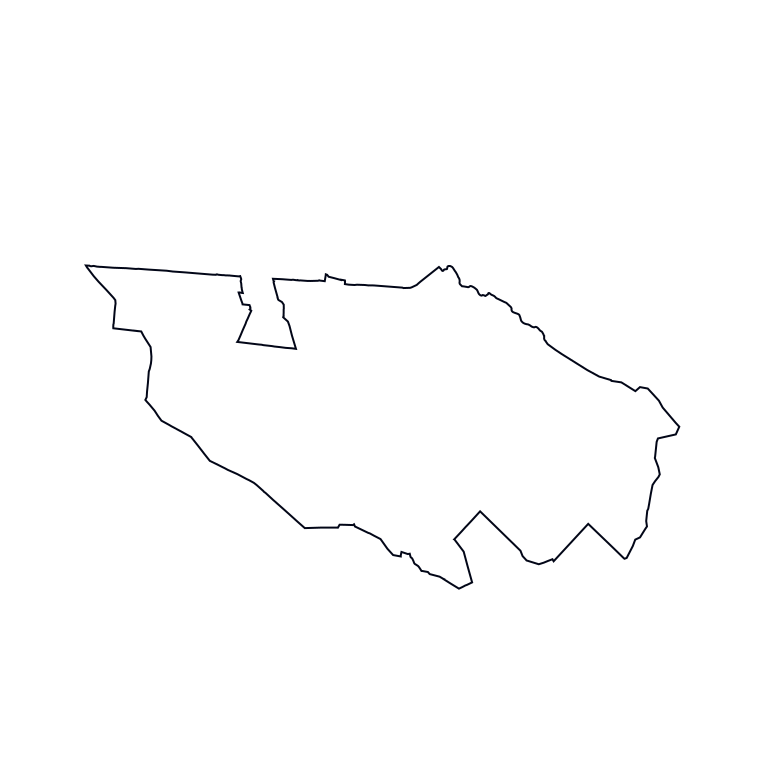 outline of Malnavas pag., Karsavas, Latvia, rotated 45°
{"feature_id": "27541924B93954265476468", "entity_name": "Malnavas pag.", "entity_type": "district", "adm_level": 2, "iso_a3": "LVA", "parent_name": "Latvia", "parent_adm1": "Karsavas", "projection": "equal_earth", "projection_center": [27.746, 56.802], "detail": "fine", "context": "isolated", "style": "outline", "palette": "ink", "viewbox_px": 768, "rotation_deg": 45, "n_neighbors": 0, "source": "geoboundaries", "source_scale": "gbopen_adm2", "svg_char_len": 6082}
<svg xmlns="http://www.w3.org/2000/svg" viewBox="0 0 768 768"><g transform="rotate(45 384 384)"><path d="M677.7,337.4L678.6,335.4L674.5,322.6L671.7,316.4L673.5,311.4L672.5,307.2L671.2,301.6L670.7,298.8L666.3,295.5L659.8,287.5L659.1,285.4L656.4,281.5L650.2,272.8L645.3,265.5L644.4,261.0L643.8,255.7L642.9,252.9L636.8,248.9L627.8,244.8L627.1,243.7L617.7,232.1L616.2,228.8L626.0,213.3L623.0,205.4L617.7,205.2L597.7,203.6L590.2,201.4L578.6,200.9L573.7,200.7L567.2,205.2L566.8,211.3L550.7,215.0L542.6,221.0L541.8,220.7L530.9,226.6L517.9,230.4L507.0,232.9L488.7,237.1L481.3,238.6L471.6,240.1L468.7,239.6L468.0,239.3L467.4,239.4L467.0,239.4L466.4,239.3L465.7,239.0L464.9,238.5L464.6,238.1L464.3,237.8L463.6,237.2L463.4,236.8L463.3,236.7L462.6,236.6L461.5,236.1L459.0,235.4L458.6,235.4L456.9,235.8L455.9,235.8L453.9,235.6L452.4,235.7L451.6,235.9L451.1,236.2L450.7,236.5L450.1,237.8L449.8,238.0L449.4,238.3L448.6,238.6L448.4,238.8L447.2,239.1L445.3,239.4L444.5,239.7L443.7,240.0L443.2,240.4L442.2,241.1L441.4,241.5L440.9,241.8L439.7,242.2L438.8,242.4L437.9,242.4L437.0,242.4L436.5,242.3L435.7,242.0L433.3,240.6L431.1,239.6L430.8,239.5L430.3,239.5L429.7,239.6L428.4,240.1L426.2,241.2L424.5,241.9L424.0,242.0L423.0,242.0L422.8,241.9L422.4,241.8L421.7,241.4L421.0,240.6L420.8,240.4L420.3,240.2L419.8,240.0L419.4,239.9L418.6,239.9L416.4,240.0L413.3,240.1L412.6,240.3L411.2,240.9L410.6,241.1L404.5,243.2L403.8,243.5L403.2,243.7L402.2,243.9L400.9,243.8L399.7,243.9L398.7,244.2L397.9,244.5L396.9,244.9L395.8,245.1L394.4,245.2L394.1,245.3L393.8,245.5L393.6,246.0L393.8,246.5L394.0,246.9L394.0,247.4L394.0,247.6L393.8,248.1L393.5,250.0L393.4,250.1L393.2,250.2L392.0,250.6L391.2,251.1L390.9,251.3L390.8,251.5L390.7,252.1L390.6,252.4L390.3,252.6L390.0,252.8L389.4,253.1L388.5,253.2L387.5,253.2L386.4,252.9L384.7,252.2L383.1,251.7L382.8,251.7L379.8,252.0L377.7,252.6L376.9,252.9L376.1,253.4L375.8,253.7L375.7,253.9L375.6,254.2L375.4,255.5L375.0,256.1L374.7,256.3L373.5,257.1L373.1,257.4L372.1,258.1L371.4,258.6L370.3,259.5L370.1,259.7L369.8,259.7L368.4,259.7L367.5,259.7L366.8,259.6L366.4,259.4L366.2,259.3L365.6,258.8L365.0,258.0L364.7,257.7L363.8,256.9L363.4,256.7L362.4,256.2L361.1,256.0L358.4,254.9L356.9,254.5L355.9,254.2L354.0,253.9L350.9,253.2L349.9,253.1L349.3,253.1L348.8,253.3L347.7,253.6L347.0,254.1L346.3,254.8L346.1,255.2L345.9,255.8L345.9,256.1L346.1,256.4L346.7,257.3L347.0,257.8L347.2,258.3L346.8,258.9L346.2,259.6L345.9,260.0L345.7,260.4L345.6,260.8L345.8,261.5L345.8,261.9L345.7,262.3L345.6,262.5L345.2,262.7L344.6,262.8L343.6,262.5L342.9,262.4L340.8,262.4L340.1,262.4L337.4,285.9L337.2,288.3L337.1,290.8L335.7,294.7L335.2,296.1L334.5,297.5L329.9,302.4L328.8,302.9L307.7,321.0L306.7,321.9L303.6,324.9L303.4,325.2L300.5,327.5L294.7,332.9L293.1,334.9L288.8,338.7L285.7,341.0L283.7,338.8L283.1,338.4L279.8,340.7L280.0,340.9L273.7,344.5L269.0,347.3L266.6,347.0L265.3,347.6L266.2,348.7L269.4,353.2L265.0,356.6L264.8,356.6L264.5,357.4L264.3,357.7L259.3,363.0L256.7,365.5L251.7,369.8L250.8,370.8L249.8,371.4L249.9,371.5L248.1,373.0L245.9,374.6L244.8,376.0L237.8,382.0L231.1,388.1L233.7,389.6L233.8,389.5L234.0,390.1L234.4,390.4L238.7,393.0L247.6,398.0L247.7,398.3L248.0,398.4L249.4,399.1L250.0,399.2L253.9,398.2L257.0,398.8L260.0,401.7L260.2,402.1L260.8,402.7L262.6,404.5L263.9,405.9L264.4,406.5L265.0,406.8L265.0,407.0L265.1,407.4L265.5,408.1L271.9,407.8L276.2,409.8L284.6,414.8L295.2,420.5L296.9,421.4L293.6,423.9L289.0,427.9L284.2,431.6L280.0,435.0L278.7,435.9L278.0,436.4L275.1,438.7L271.5,441.6L270.8,442.1L270.4,442.3L269.4,443.0L267.4,444.7L250.5,458.0L250.1,456.0L248.2,451.1L246.1,446.0L243.4,439.0L243.0,438.3L242.4,437.0L241.5,434.4L239.5,429.3L238.5,426.4L238.3,426.0L236.3,426.3L236.3,425.3L235.8,424.7L235.4,424.4L235.3,424.5L234.6,424.0L233.1,423.3L227.7,427.7L227.3,427.4L226.2,426.8L224.2,425.9L216.5,422.1L217.0,421.5L217.7,421.0L218.8,420.3L219.8,419.5L218.5,418.8L216.4,417.5L215.1,416.4L214.9,416.4L212.0,413.9L209.9,412.6L209.7,412.3L209.0,410.9L208.4,410.5L206.0,409.4L205.3,410.5L203.9,411.7L198.7,416.0L198.0,416.5L195.2,419.2L194.0,420.1L192.4,421.6L189.6,423.9L188.3,424.6L187.9,425.4L187.9,425.7L187.7,425.8L185.6,427.8L164.6,445.6L162.5,447.4L154.9,454.0L154.6,454.2L150.2,457.6L136.6,469.6L129.0,476.1L127.1,478.2L119.9,484.3L110.5,493.1L100.9,501.4L100.7,501.7L98.9,503.2L98.1,503.9L95.8,505.4L95.2,505.8L93.7,507.8L93.3,508.1L92.8,508.4L92.1,508.6L89.4,511.0L91.8,511.6L92.3,511.6L102.6,513.0L109.8,513.5L121.2,513.8L131.8,514.3L134.7,514.7L137.4,517.0L138.7,518.8L142.4,523.4L150.1,532.4L150.5,533.2L152.2,535.1L153.2,536.0L171.0,521.9L170.9,521.9L175.2,518.5L179.6,519.9L183.1,520.8L192.8,522.9L200.1,529.0L202.7,531.8L204.7,534.3L207.0,537.9L207.8,539.2L208.8,541.4L216.5,550.4L221.8,556.9L225.5,561.1L226.5,564.0L228.6,564.2L232.9,564.4L240.7,565.1L246.7,566.4L252.6,567.3L261.2,564.8L263.6,564.2L266.5,563.3L285.2,557.8L285.3,557.9L295.7,559.1L306.5,560.5L315.2,561.5L324.2,558.4L329.1,556.8L330.8,556.2L334.5,555.1L344.1,551.4L353.9,548.4L356.7,547.4L361.9,545.9L365.3,545.5L374.3,545.0L375.5,545.1L377.0,544.8L386.7,544.4L387.1,544.4L403.3,543.4L420.3,542.5L429.9,541.9L440.8,530.3L452.4,518.7L453.0,518.2L452.1,514.9L455.4,511.7L461.8,505.7L462.0,504.4L462.8,504.7L464.2,505.3L478.2,500.4L479.5,499.7L484.3,498.3L490.9,496.2L491.2,496.1L503.0,498.1L511.4,498.5L511.7,498.3L517.8,494.1L517.0,493.3L515.1,490.4L521.1,487.4L522.2,485.8L523.5,486.6L524.7,487.3L525.4,487.6L527.0,487.4L527.5,487.5L529.8,488.3L532.0,489.3L532.6,489.4L533.2,489.4L534.8,489.0L536.9,488.6L538.1,488.7L540.6,489.2L542.7,489.7L543.5,489.0L548.0,485.9L550.6,486.1L550.9,486.0L559.6,480.9L563.5,479.9L564.3,479.6L564.3,479.8L572.2,478.0L581.7,475.7L582.8,472.7L583.6,470.2L583.9,469.1L584.7,467.4L586.6,462.0L571.9,453.7L558.9,446.2L543.8,444.1L543.5,444.2L543.1,432.8L542.8,427.2L542.8,425.7L542.6,419.5L542.0,406.1L598.4,405.4L603.7,407.7L608.7,407.9L609.6,408.0L609.7,407.9L612.0,406.7L620.9,402.0L621.0,401.8L623.3,397.4L625.1,393.1L627.0,388.8L629.3,389.4L627.3,338.5L662.7,337.8L677.2,337.6L677.6,337.4L677.7,337.4Z" fill="none" stroke="#020617" stroke-width="2"/></g></svg>